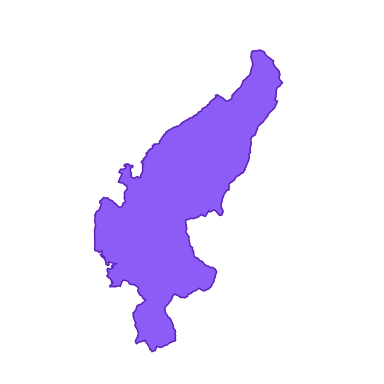 outline of Albesti, Mures, Romania, rotated 215°
{"feature_id": "2599482B11453022019549", "entity_name": "Albesti", "entity_type": "district", "adm_level": 2, "iso_a3": "ROU", "parent_name": "Romania", "parent_adm1": "Mures", "projection": "albers", "projection_center": [24.86, 46.242], "detail": "fine", "context": "isolated", "style": "filled", "palette": "violet", "viewbox_px": 384, "rotation_deg": 215, "n_neighbors": 0, "source": "geoboundaries", "source_scale": "gbopen_adm2", "svg_char_len": 6014}
<svg xmlns="http://www.w3.org/2000/svg" viewBox="0 0 384 384"><g transform="rotate(215 192 192)"><path d="M180.6,333.4L184.6,334.4L185.7,335.0L186.7,336.3L187.1,338.4L189.6,340.7L191.1,341.3L195.2,342.0L198.7,343.5L199.5,344.2L200.4,346.3L202.4,346.1L209.8,346.4L212.9,348.1L213.9,348.1L217.9,347.2L219.8,344.9L220.9,343.9L222.0,343.5L223.4,341.9L223.1,340.1L220.9,335.9L217.1,333.3L215.0,330.7L214.4,328.0L212.1,321.9L211.7,321.7L212.2,319.0L212.8,317.8L213.0,314.6L214.0,312.7L213.0,309.8L212.4,305.5L213.5,302.2L214.6,294.3L214.4,293.5L213.3,292.2L213.2,290.5L214.8,287.6L216.0,286.0L219.8,286.6L226.4,286.2L227.2,286.1L227.2,285.3L228.2,284.6L227.7,284.0L227.0,284.1L226.8,283.2L227.2,282.2L227.3,280.6L227.9,280.4L228.9,275.5L228.3,273.8L229.3,272.3L229.0,271.6L229.1,270.4L231.3,266.4L230.9,263.2L232.6,261.1L232.3,258.4L233.2,257.6L233.6,255.9L234.4,255.1L234.1,253.4L235.3,252.4L236.7,250.5L236.7,249.1L237.4,248.4L239.3,244.3L239.7,243.9L239.5,243.3L240.2,241.9L240.2,239.9L240.9,237.8L242.1,237.3L242.5,236.0L243.8,235.1L244.0,234.0L244.8,232.9L245.2,231.4L246.1,230.3L246.2,229.5L246.8,228.9L247.0,227.3L247.7,226.1L247.0,224.8L247.9,222.6L247.6,221.5L247.8,219.5L247.4,216.1L247.8,215.3L247.0,214.1L246.8,213.1L248.3,210.9L249.1,210.7L250.8,209.0L250.6,208.3L250.2,207.9L250.9,207.1L249.9,206.6L250.0,205.9L249.7,205.1L251.0,203.0L250.6,202.6L251.6,200.7L251.2,200.4L251.1,199.5L251.7,197.7L251.6,197.1L251.1,196.7L250.5,196.9L250.5,196.3L250.0,195.6L250.6,192.8L250.4,192.1L250.9,191.3L249.8,190.6L250.6,189.3L250.8,187.6L250.5,187.2L249.5,187.4L248.5,186.8L248.2,187.3L247.8,187.3L248.0,185.9L244.1,180.3L244.0,178.3L243.5,176.2L242.4,174.4L243.5,173.6L245.6,173.3L247.4,170.0L250.6,169.4L251.1,169.8L251.4,171.2L251.9,171.9L253.4,173.4L254.7,174.0L255.5,175.3L255.8,176.5L254.8,178.7L255.6,179.5L256.2,179.6L258.3,177.6L259.4,178.4L260.6,178.4L262.8,176.1L262.7,174.5L261.8,174.6L261.2,175.5L260.7,175.4L260.2,173.2L261.2,171.4L263.6,169.6L263.1,166.2L259.8,167.0L258.5,159.7L257.9,157.9L255.3,158.8L254.4,159.6L250.4,159.2L249.2,159.7L248.4,158.8L246.2,157.1L246.9,156.2L247.3,154.6L246.9,152.5L244.5,149.5L244.2,148.3L240.9,145.7L242.0,143.3L241.0,139.9L241.7,138.8L243.5,137.6L247.7,138.7L250.0,138.5L252.1,139.1L255.4,138.4L257.7,138.8L259.5,137.3L260.5,137.2L261.4,136.6L261.2,135.9L261.6,134.8L261.6,133.3L262.3,131.8L261.5,130.3L259.4,130.6L258.4,127.3L258.4,126.1L257.7,123.7L258.9,121.8L258.9,120.1L258.2,118.4L258.7,117.9L256.8,115.6L254.7,111.9L252.3,110.2L250.3,105.4L240.9,92.5L239.1,89.5L238.2,88.6L237.1,88.5L235.7,89.8L233.7,89.1L232.8,90.1L231.8,92.2L230.2,89.6L231.2,88.2L228.3,87.2L228.0,87.8L228.2,89.0L227.9,89.2L225.9,88.2L227.1,87.7L227.2,87.4L225.6,87.2L224.9,86.5L224.2,86.6L222.9,85.8L222.7,85.1L221.4,84.4L221.2,83.5L220.4,83.3L218.5,83.8L218.3,84.6L218.4,85.3L219.1,85.5L220.2,86.9L213.2,89.5L214.0,88.2L214.1,87.5L215.2,86.7L215.2,85.7L215.5,85.0L215.0,84.6L213.5,85.3L213.6,83.9L215.0,81.6L215.6,81.7L217.3,81.1L216.9,80.2L217.0,79.6L215.7,78.5L214.1,78.5L214.4,77.6L214.0,77.2L213.4,75.8L213.7,74.7L213.6,74.4L212.5,74.1L211.9,74.6L211.0,73.8L209.8,74.1L207.3,73.6L205.3,72.4L206.4,72.3L204.9,71.0L204.8,70.2L205.6,68.1L204.8,67.3L202.3,69.4L201.1,69.8L198.1,73.2L196.7,73.6L197.9,78.2L197.7,80.2L197.3,80.7L193.3,82.2L190.2,80.8L187.7,81.9L187.0,82.7L183.6,83.1L181.0,82.9L180.5,82.3L179.9,80.0L177.5,78.5L176.5,78.4L175.3,77.7L173.3,78.1L171.0,76.7L168.1,77.0L168.3,74.5L169.1,72.4L169.3,70.8L170.6,69.6L171.6,67.7L171.4,65.6L170.3,63.7L170.6,62.7L170.3,61.5L170.5,61.0L170.5,60.1L171.0,59.3L170.1,58.1L169.3,57.7L169.3,56.9L168.2,55.9L164.0,52.9L162.7,52.6L162.6,50.5L161.9,49.7L157.8,47.9L154.3,44.8L154.1,43.0L153.5,41.9L153.3,39.5L152.6,37.0L150.5,35.9L148.9,39.3L147.5,40.5L147.1,41.3L146.6,41.6L146.4,42.3L145.5,42.7L145.7,43.5L145.3,43.8L142.5,42.1L141.4,41.9L137.9,40.4L136.1,38.8L135.1,39.2L133.2,38.3L131.9,40.4L131.2,40.9L132.2,45.4L128.9,46.4L127.2,48.4L126.0,51.2L124.6,52.4L124.5,53.4L123.6,56.0L121.5,59.1L120.4,60.2L120.4,61.1L122.6,63.7L123.0,64.9L124.6,66.0L125.0,67.7L126.6,69.2L129.0,69.9L131.0,72.1L137.2,75.9L140.2,76.0L141.4,76.8L144.5,77.8L148.1,82.0L147.2,87.2L147.5,88.6L147.0,90.4L147.4,93.5L148.2,95.6L147.8,96.9L148.1,98.2L143.5,99.2L140.9,99.0L139.6,100.1L137.2,101.2L135.7,104.1L136.5,105.3L136.6,106.0L135.7,106.7L134.6,108.8L134.0,111.2L132.4,113.4L131.2,117.1L126.1,117.5L125.1,118.4L122.9,122.0L122.0,125.4L122.6,128.0L122.7,131.3L123.7,132.9L124.0,135.2L124.4,136.3L125.1,136.9L125.4,138.8L126.1,140.8L128.8,142.2L130.0,141.9L131.9,142.1L133.7,140.6L135.8,140.8L137.4,140.0L140.6,140.0L143.9,141.1L144.6,140.6L146.5,140.3L149.4,141.2L150.7,140.6L153.2,140.4L155.9,143.2L156.1,143.8L159.0,145.4L159.6,146.8L162.1,146.7L163.7,147.9L167.7,151.8L168.6,153.5L171.5,154.5L172.0,155.1L173.5,155.1L174.8,156.6L175.0,158.7L176.8,160.4L177.9,162.0L179.1,162.8L181.1,165.5L180.7,166.3L179.8,166.8L179.0,167.7L178.9,168.6L178.2,169.0L177.9,169.8L175.4,171.1L175.0,172.0L173.5,173.6L173.3,174.3L172.5,175.3L171.5,178.7L167.2,179.5L167.4,186.2L166.5,185.9L165.6,186.2L163.8,189.7L162.6,190.3L156.2,188.7L155.1,189.2L154.4,190.3L155.3,194.0L160.3,197.1L161.5,199.7L162.1,202.0L163.4,204.1L163.5,206.4L164.3,207.5L164.5,213.1L163.1,214.7L163.0,215.2L164.3,216.9L164.4,217.5L166.2,219.3L166.2,220.2L166.0,221.3L165.0,223.3L164.9,224.1L164.2,225.3L164.2,227.1L164.5,228.3L164.3,230.4L164.0,231.1L163.2,232.0L162.5,234.3L162.7,235.0L161.5,236.3L161.5,237.1L161.0,237.7L161.5,238.9L161.3,239.5L161.6,240.2L161.3,240.8L162.0,241.3L162.4,242.7L162.1,243.5L162.9,246.1L163.3,246.7L163.2,248.1L163.9,250.6L164.4,251.3L164.4,252.6L167.2,255.7L166.7,257.1L166.8,258.2L168.6,259.6L171.7,266.5L172.4,266.8L173.9,268.6L174.0,269.7L174.5,270.5L174.5,272.0L173.1,274.6L173.1,275.8L174.2,278.6L174.3,280.3L175.6,283.8L173.9,290.2L174.0,293.6L173.5,297.8L174.0,299.2L174.1,300.6L172.6,308.2L174.0,315.4L177.1,315.2L177.7,318.2L181.6,324.1L182.0,326.9L180.8,328.9L181.1,330.6L180.7,331.9L180.6,333.4Z" fill="#8b5cf6" stroke="#5b21b6" stroke-width="1.5"/></g></svg>